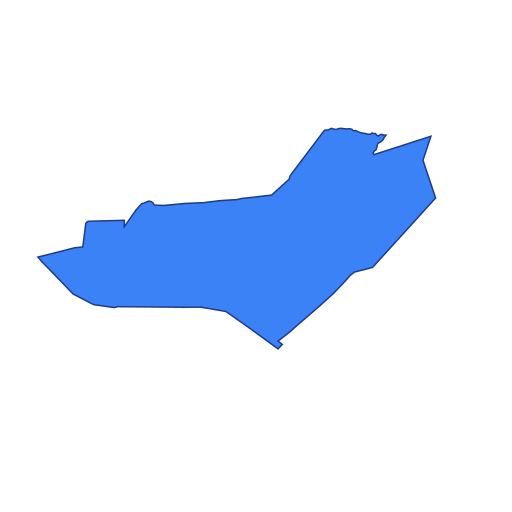 San Miguel el Grande, Oaxaca, Mexico, rotated 70°
{"feature_id": "50627088B76422915094353", "entity_name": "San Miguel el Grande", "entity_type": "district", "adm_level": 2, "iso_a3": "MEX", "parent_name": "Mexico", "parent_adm1": "Oaxaca", "projection": "orthographic", "projection_center": [-97.629, 17.075], "detail": "fine", "context": "isolated", "style": "filled", "palette": "blue", "viewbox_px": 512, "rotation_deg": 70, "n_neighbors": 0, "source": "geoboundaries", "source_scale": "gbopen_adm2", "svg_char_len": 1498}
<svg xmlns="http://www.w3.org/2000/svg" viewBox="0 0 512 512"><g transform="rotate(70 256 256)"><path d="M176.8,325.7L173.4,334.1L170.6,334.7L168.9,336.0L167.7,338.1L168.0,346.1L171.9,353.3L183.4,369.7L177.4,367.6L166.2,401.1L166.0,402.6L167.0,404.7L188.3,415.7L186.3,423.3L183.4,451.9L182.4,461.3L187.9,459.3L195.4,455.9L211.5,448.7L222.3,443.9L229.4,440.7L246.1,425.3L247.2,423.3L256.0,406.8L256.3,403.3L271.4,362.9L272.4,360.2L278.7,343.4L278.9,343.1L281.4,335.9L285.2,325.4L297.8,303.3L311.7,293.6L316.5,290.2L319.7,288.0L350.8,267.1L349.7,264.8L348.1,261.5L343.5,264.4L338.8,249.9L336.6,244.6L324.3,212.3L317.6,195.8L310.6,181.8L306.3,173.8L304.8,168.9L306.6,150.4L274.5,89.4L262.9,67.4L251.0,67.1L225.2,66.4L223.2,66.4L203.3,50.7L201.1,110.1L201.1,110.3L199.6,111.0L198.0,109.3L197.2,106.8L196.0,105.9L194.6,104.8L192.9,103.9L191.9,102.8L191.3,99.6L190.4,97.4L189.7,96.2L188.5,95.2L187.7,93.8L186.9,92.5L185.9,94.9L184.5,96.7L184.5,97.9L185.0,99.6L184.4,100.8L181.7,102.0L181.0,103.9L180.1,104.9L180.7,107.0L179.6,109.8L178.7,110.7L178.1,111.8L177.0,113.7L176.0,115.4L174.4,117.4L173.4,118.2L172.2,119.5L171.7,121.6L169.8,122.5L168.7,124.0L168.2,125.3L167.7,127.1L166.3,130.1L165.4,131.7L164.5,134.4L164.6,136.4L164.1,138.4L161.8,141.5L161.9,142.6L162.2,145.1L161.2,148.6L180.9,179.0L192.1,196.3L195.2,198.7L204.1,220.5L196.9,250.5L196.5,254.5L193.4,264.9L191.6,271.1L187.8,287.6L182.4,304.5L177.0,325.2L176.9,325.3L176.8,325.7Z" fill="#3b82f6" stroke="#1e3a8a" stroke-width="1.5"/></g></svg>